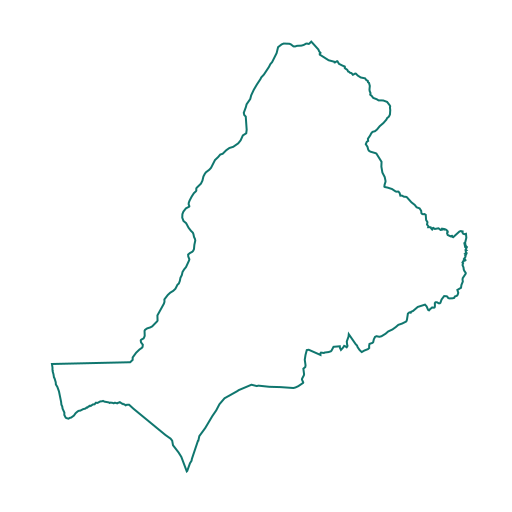 Susa, Cundinamarca, Colombia (Albers equal-area conic projection), rotated 176°
{"feature_id": "7082276B26676280145187", "entity_name": "Susa", "entity_type": "district", "adm_level": 2, "iso_a3": "COL", "parent_name": "Colombia", "parent_adm1": "Cundinamarca", "projection": "albers", "projection_center": [-73.846, 5.439], "detail": "fine", "context": "isolated", "style": "outline", "palette": "teal", "viewbox_px": 512, "rotation_deg": 176, "n_neighbors": 0, "source": "geoboundaries", "source_scale": "gbopen_adm2", "svg_char_len": 6023}
<svg xmlns="http://www.w3.org/2000/svg" viewBox="0 0 512 512"><g transform="rotate(176 256 256)"><path d="M340.1,46.0L339.6,46.4L336.3,53.9L334.6,56.2L334.1,58.1L326.8,75.7L326.4,75.8L325.1,80.3L318.6,88.0L310.7,99.4L306.5,104.7L302.8,110.7L297.3,116.3L283.5,122.8L282.9,123.3L269.5,127.9L264.3,126.2L262.6,126.5L251.9,124.6L240.7,123.5L227.9,121.7L225.8,122.1L222.9,123.2L217.9,126.1L217.7,126.6L218.8,129.6L218.6,130.4L216.6,133.6L216.3,134.7L216.6,140.3L214.6,141.8L214.2,143.5L214.6,149.1L213.5,153.9L211.9,158.6L210.0,158.8L209.0,158.3L198.6,152.8L198.5,154.4L197.9,155.1L195.0,154.5L194.3,154.9L190.4,155.1L188.0,155.7L187.3,156.3L185.0,160.0L178.7,160.1L178.7,158.6L177.8,156.4L175.5,158.6L174.3,160.2L173.1,159.6L171.9,158.6L171.2,159.4L171.0,160.4L171.3,161.4L171.4,164.4L169.3,169.2L168.9,171.5L162.6,160.9L161.5,159.7L161.0,158.0L159.3,155.1L158.1,153.7L157.2,152.8L154.6,154.1L150.8,155.3L149.5,156.3L149.4,158.6L148.9,160.4L145.9,161.2L145.1,161.9L144.3,164.6L142.9,167.0L141.4,167.6L138.6,166.8L136.4,167.2L132.2,169.4L129.4,171.5L125.0,173.2L121.6,175.3L118.8,177.4L115.0,178.4L110.9,180.1L110.3,180.8L109.8,182.2L108.5,187.9L107.0,189.0L106.1,189.1L105.6,188.7L105.0,189.6L103.2,190.2L98.2,193.9L90.8,195.7L89.3,193.8L88.1,190.3L87.2,189.7L85.5,191.3L84.5,191.8L83.9,192.4L82.1,192.0L81.4,192.3L81.0,193.6L80.9,196.5L80.2,197.3L78.7,197.2L76.9,196.0L76.0,196.0L75.3,196.5L73.9,199.7L71.1,202.9L68.5,202.5L68.0,202.1L67.2,200.7L66.1,200.2L62.8,200.1L61.2,200.4L60.5,201.7L58.4,202.3L57.5,203.3L56.8,205.2L57.5,208.1L53.7,210.0L53.1,212.8L51.5,216.0L51.6,218.2L51.3,219.5L48.0,223.8L48.0,224.6L49.2,226.6L49.7,228.0L49.8,230.1L50.6,232.6L49.9,234.4L50.5,235.0L49.7,236.4L48.9,236.8L48.2,236.7L48.0,237.2L47.4,237.4L47.7,238.0L48.7,238.0L48.9,238.4L47.1,240.6L47.0,241.3L47.3,242.2L46.5,242.5L45.8,243.9L46.8,244.1L46.2,244.6L46.5,246.7L45.7,247.0L45.9,247.2L46.4,247.2L46.5,247.7L45.0,250.2L45.6,250.8L46.4,250.2L46.7,250.3L46.9,251.7L46.4,251.1L46.1,251.8L46.7,252.5L46.3,253.0L46.3,253.5L47.0,254.5L46.3,255.1L44.9,259.6L45.0,263.5L46.4,263.2L47.7,263.7L48.5,265.1L48.2,266.1L50.0,266.6L51.4,266.2L58.0,261.0L59.1,261.6L59.1,262.4L59.8,262.4L60.5,262.0L63.3,263.6L63.8,265.4L63.4,266.0L63.5,266.4L63.1,266.7L63.3,267.0L63.2,267.4L64.3,268.8L65.6,269.5L66.0,269.3L66.4,269.8L68.6,270.3L68.8,270.0L68.4,269.3L70.0,269.1L72.0,270.9L75.7,270.5L77.2,271.7L77.8,271.5L78.1,270.4L78.4,270.1L79.4,271.4L79.8,272.5L82.1,272.7L81.8,273.3L83.2,275.5L82.6,277.8L83.8,280.1L83.8,285.2L85.0,286.1L86.5,286.0L87.5,286.5L88.0,287.2L88.1,289.6L89.5,292.1L92.4,293.4L94.1,295.9L97.2,298.7L101.5,304.2L102.4,304.6L104.2,304.8L106.3,306.1L107.8,306.1L108.3,308.7L109.4,310.3L111.5,310.4L112.3,310.7L115.6,313.3L119.8,315.0L122.6,315.8L123.1,316.2L122.8,318.0L121.6,321.1L121.6,322.2L122.1,325.8L124.1,330.4L124.7,336.4L124.2,341.2L128.7,349.7L129.4,350.2L134.6,352.1L136.1,353.2L136.7,354.6L137.2,357.2L138.7,359.9L137.5,362.2L136.1,363.0L136.2,365.1L133.7,368.3L132.5,370.3L131.1,371.7L128.6,372.2L126.5,373.7L123.5,376.9L119.6,379.8L116.3,383.1L115.7,384.3L113.9,385.6L113.2,386.6L112.5,387.9L111.9,392.1L112.0,394.7L111.7,396.1L112.3,397.3L114.5,400.6L118.3,402.3L122.9,402.7L124.7,404.0L128.0,405.5L129.7,408.0L130.5,408.5L130.8,409.1L130.4,410.5L131.1,412.6L131.2,414.1L130.6,417.7L131.2,420.8L132.1,421.5L132.3,423.0L133.6,423.7L134.8,425.6L139.1,426.8L141.9,428.9L143.6,430.9L144.3,431.1L146.7,430.0L148.0,431.8L149.4,432.2L150.4,433.3L151.2,433.6L152.0,435.4L154.1,437.0L154.4,437.5L154.1,438.3L154.3,438.9L156.3,439.8L159.8,441.9L161.2,444.6L161.9,444.6L163.6,443.6L164.1,443.6L164.3,444.3L169.9,446.2L178.3,452.4L178.4,453.1L177.5,454.1L178.7,455.7L179.4,457.7L185.9,466.0L188.2,464.0L189.0,463.9L189.9,464.3L191.1,464.4L193.7,463.2L196.0,462.7L200.4,462.8L202.4,462.3L204.0,462.5L206.6,464.8L208.0,465.4L213.5,466.0L215.7,465.3L219.4,462.8L221.3,456.9L226.4,448.3L228.3,446.4L229.9,443.7L235.5,436.4L238.3,433.8L239.2,432.2L243.1,427.1L246.6,422.0L249.6,416.6L250.8,413.0L254.8,408.0L255.7,405.3L258.2,399.7L257.9,397.5L256.5,395.8L256.5,382.5L257.2,379.1L260.7,377.2L263.3,372.4L265.9,369.6L271.1,366.5L275.0,365.6L278.3,363.6L282.1,360.3L284.6,359.7L286.8,357.4L290.2,354.6L294.7,347.1L296.6,345.3L300.1,343.0L301.3,341.6L302.9,339.0L304.2,334.9L305.9,332.0L310.5,328.1L310.9,327.3L311.0,325.4L311.5,324.7L313.6,323.0L316.0,319.8L318.4,315.9L319.3,313.9L319.6,312.5L319.0,310.3L319.2,309.9L322.6,308.4L325.3,305.4L326.5,302.9L326.9,299.4L325.9,296.0L323.4,293.6L321.3,288.9L319.1,285.6L317.4,283.7L316.9,282.2L316.5,279.3L315.7,277.3L315.5,275.6L316.7,271.5L317.4,267.2L318.3,265.6L319.2,264.7L321.8,263.5L323.6,262.2L323.6,260.2L322.7,257.4L323.1,256.2L326.6,249.8L328.6,247.7L330.4,245.2L331.3,242.2L332.9,239.5L333.7,236.5L334.9,233.9L336.3,232.9L338.7,228.9L341.0,227.0L344.1,225.4L346.7,223.3L350.4,219.1L350.5,216.7L351.2,214.9L358.5,203.6L358.7,198.5L359.1,197.8L364.5,193.0L366.6,192.1L369.6,191.4L371.8,190.1L372.4,189.1L372.6,184.1L373.3,182.6L373.9,181.6L375.8,180.8L376.7,180.2L376.9,179.6L376.7,177.8L375.1,175.4L375.5,173.2L376.3,172.3L378.7,170.9L382.3,167.9L386.1,163.4L386.3,161.0L388.9,158.8L467.1,162.5L466.8,158.9L467.0,156.4L466.7,155.7L466.9,155.0L466.3,152.3L466.0,148.9L465.5,148.1L464.6,144.0L464.6,141.8L463.3,139.3L462.0,134.7L460.6,124.1L460.5,121.2L459.8,119.5L459.6,117.2L458.1,113.2L458.3,110.8L457.2,108.2L456.6,107.6L454.4,106.8L453.1,107.5L451.7,107.7L448.8,109.5L446.9,111.8L444.6,113.5L443.3,114.0L442.1,114.0L439.1,115.3L436.8,115.7L435.5,116.7L434.9,116.5L433.5,117.6L432.6,117.7L432.5,118.1L432.1,118.3L431.2,118.0L429.1,119.3L427.4,119.3L426.0,120.8L424.3,120.5L421.5,121.8L419.7,121.8L418.7,122.1L417.4,121.3L413.0,120.2L412.3,119.6L411.3,119.9L409.3,119.5L408.2,119.0L407.0,119.5L404.7,118.7L404.2,119.1L403.0,119.2L402.5,119.7L402.0,119.7L399.9,118.0L399.2,117.9L399.0,117.5L397.7,117.2L396.4,116.1L395.4,116.6L393.0,116.5L388.9,112.2L358.9,83.8L353.9,79.7L352.5,77.6L352.0,73.0L347.0,65.5L344.5,60.8L340.1,46.0Z" fill="none" stroke="#0f766e" stroke-width="2"/></g></svg>